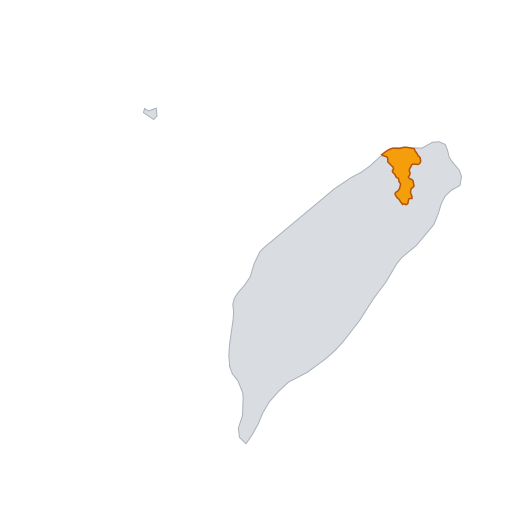 Taoyuan highlighted on a map of Taiwan, rotated 23°
{"feature_id": "TWN-1168", "entity_name": "Taoyuan", "entity_type": "County", "adm_level": 1, "iso_a3": "TWN", "parent_name": "Taiwan", "parent_adm1": "", "projection": "natural_earth1", "projection_center": [121.286, 24.86], "detail": "fine", "context": "in_parent", "style": "filled", "palette": "amber", "viewbox_px": 512, "rotation_deg": 23, "n_neighbors": 0, "source": "natural_earth", "source_scale": "10m", "svg_char_len": 1956}
<svg xmlns="http://www.w3.org/2000/svg" viewBox="0 0 512 512"><g transform="rotate(23 256 256)"><path d="M335.2,359.4L329.7,371.8L325.3,384.9L323.6,397.2L323.6,409.9L322.4,421.4L320.2,432.7L311.6,429.4L307.0,421.3L305.9,408.0L299.7,391.9L297.4,387.3L288.4,378.2L280.3,373.7L274.0,367.1L274.8,367.6L270.1,358.7L266.6,349.1L259.4,322.1L256.9,315.5L253.5,309.5L252.6,303.6L253.7,297.1L256.9,287.2L258.8,277.3L257.3,263.9L257.9,250.6L260.3,244.7L301.9,163.5L313.2,146.2L320.1,137.8L325.9,128.2L331.4,116.1L338.1,105.0L343.0,101.6L366.7,91.7L374.1,82.2L380.0,79.3L386.7,79.4L391.1,84.0L395.0,89.3L399.0,92.2L409.5,97.5L414.1,102.5L416.2,111.3L409.9,119.5L406.7,127.0L406.1,135.3L407.3,146.4L407.4,157.6L399.4,183.9L390.8,200.3L388.5,208.4L385.9,228.6L380.9,249.0L376.6,274.7L369.6,301.2L365.6,312.3L360.6,322.9L348.7,343.0L335.2,359.4ZM106.4,158.9L110.2,165.9L108.5,170.3L96.4,168.0L95.8,163.7L100.3,164.5L106.4,158.9Z" fill="#d9dde1" stroke="#a8b0b8" stroke-width="1"/><path d="M332.1,113.6L335.1,108.4L337.4,105.4L339.8,103.2L345.9,101.0L347.4,100.0L348.6,98.8L350.1,97.9L353.1,96.8L359.8,95.4L361.3,97.1L363.3,98.2L364.9,99.3L366.0,100.4L367.4,100.7L368.8,101.5L370.5,104.3L370.7,105.7L370.3,107.3L369.2,108.5L364.8,109.9L363.6,111.4L363.7,113.6L363.3,115.7L363.7,117.6L365.5,119.5L365.8,121.3L365.4,123.8L367.1,124.8L369.6,124.7L371.2,125.4L374.1,129.9L373.6,131.8L372.5,133.1L372.8,135.0L373.3,137.1L376.3,140.2L377.1,142.1L376.0,142.4L374.3,143.9L375.3,148.4L374.5,149.8L373.4,150.3L372.3,150.0L371.0,150.6L370.8,151.2L369.2,150.4L366.8,148.9L365.4,147.8L363.6,147.5L361.5,146.1L359.8,144.7L359.6,143.1L361.2,140.7L361.8,137.9L361.3,135.3L361.1,133.4L360.0,132.5L358.5,131.7L357.7,130.0L356.5,128.8L355.2,128.9L354.0,128.6L352.9,127.5L351.5,126.4L349.3,125.6L348.2,124.3L348.6,122.1L347.4,120.6L345.1,119.8L343.7,119.1L342.3,118.6L340.6,117.9L339.2,114.8L337.7,113.6L333.1,114.0L332.1,113.6Z" fill="#f59e0b" stroke="#b45309" stroke-width="1.5"/></g></svg>